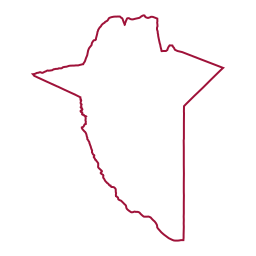 Mandera South, North-Eastern, Kenya
{"feature_id": "3690345B27349371945501", "entity_name": "Mandera South", "entity_type": "district", "adm_level": 2, "iso_a3": "KEN", "parent_name": "Kenya", "parent_adm1": "North-Eastern", "projection": "mercator", "projection_center": [40.637, 2.72], "detail": "fine", "context": "isolated", "style": "outline", "palette": "rose", "viewbox_px": 256, "rotation_deg": 0, "n_neighbors": 0, "source": "geoboundaries", "source_scale": "gbopen_adm2", "svg_char_len": 5597}
<svg xmlns="http://www.w3.org/2000/svg" viewBox="0 0 256 256"><path d="M172.4,45.5L169.6,45.4L168.6,46.8L167.8,48.4L167.3,50.0L165.9,51.0L163.7,51.0L161.6,51.1L161.4,50.6L161.3,49.5L160.9,48.2L160.5,46.5L160.2,44.7L159.7,43.2L158.8,39.0L158.2,36.0L158.1,34.9L158.1,34.6L158.1,34.3L157.8,33.5L157.7,32.2L157.7,31.7L157.6,31.3L157.4,30.5L157.1,29.8L157.0,29.2L157.0,28.4L157.0,27.8L157.2,27.1L157.4,26.5L157.5,26.3L157.5,26.1L157.4,24.3L157.2,22.9L157.2,22.2L157.4,21.4L157.3,18.6L155.0,17.7L152.9,16.9L151.8,16.8L151.2,16.8L150.7,16.9L150.1,17.3L149.1,17.6L148.4,17.9L147.8,17.9L147.5,17.9L147.2,17.8L145.7,17.2L145.4,16.9L145.0,16.5L144.9,16.2L144.5,15.5L143.8,15.4L143.5,15.4L143.3,15.4L142.0,16.0L141.0,16.6L140.1,17.4L139.2,17.9L138.3,18.1L135.5,18.7L133.6,19.2L132.8,19.4L131.2,19.3L130.3,19.0L128.9,18.2L128.0,18.2L127.2,18.4L126.8,19.0L126.4,20.0L125.9,21.1L125.6,22.1L125.1,23.1L125.0,24.0L124.9,24.6L124.7,24.7L124.6,24.3L124.4,23.9L123.6,21.9L122.5,18.8L122.1,18.2L121.4,17.9L120.0,16.6L119.8,16.5L119.0,16.5L117.9,16.5L116.6,16.6L115.2,16.6L113.8,16.7L112.7,16.9L111.3,17.2L109.9,17.7L109.2,18.0L108.6,18.7L108.2,19.6L107.3,20.7L106.7,21.1L105.9,21.5L105.3,21.8L104.9,22.2L104.6,22.7L103.9,23.1L103.1,23.6L102.5,24.1L102.1,24.5L101.4,25.3L101.1,26.0L100.7,26.5L100.3,27.0L100.0,27.2L99.7,27.4L99.6,27.6L98.9,28.8L98.3,29.6L98.0,30.8L97.5,31.9L97.3,33.3L97.0,34.5L96.7,35.7L96.1,37.9L95.9,38.8L95.9,39.5L95.4,40.0L94.9,40.2L94.1,40.2L93.5,40.6L93.1,41.1L92.6,41.9L92.2,42.5L92.0,42.9L91.8,43.5L91.7,44.2L91.6,44.9L91.3,45.4L90.9,45.9L90.5,46.4L89.9,47.1L89.4,47.8L89.0,48.3L88.1,50.6L87.8,52.2L87.2,55.3L86.0,58.1L85.0,61.1L84.5,62.0L83.3,63.7L83.2,64.2L82.3,64.3L81.6,64.5L80.8,64.7L79.9,64.9L78.9,65.2L78.6,65.3L78.1,65.4L77.2,65.4L76.2,65.4L75.9,65.4L75.6,65.4L75.2,65.5L73.8,65.6L72.5,65.6L70.2,65.7L69.4,65.8L68.9,65.9L68.1,66.2L67.4,66.4L66.9,66.6L66.6,66.7L66.4,66.7L65.8,66.8L65.1,66.8L64.7,66.9L63.6,67.1L62.7,67.4L62.3,67.8L61.9,68.1L61.3,68.3L60.9,68.3L60.4,68.3L59.0,68.3L58.6,68.4L57.9,68.8L57.3,68.8L56.3,68.9L55.6,68.9L54.9,69.1L54.5,69.2L54.1,69.2L53.7,69.3L53.1,69.6L52.7,69.9L52.4,70.1L51.9,70.3L51.1,70.3L50.5,70.5L49.6,70.6L49.1,70.6L48.5,70.7L47.8,70.5L47.2,70.6L46.8,70.8L46.4,71.0L45.7,71.4L45.1,71.6L44.6,71.8L43.3,72.5L42.6,72.8L42.1,72.8L41.5,72.7L40.8,72.4L40.6,72.3L40.1,72.2L39.6,72.3L39.4,72.3L38.6,72.7L37.9,72.8L37.0,72.9L36.4,73.1L35.6,73.6L34.7,73.9L33.8,74.1L32.9,74.2L33.6,75.0L34.3,75.9L47.1,81.8L57.2,86.4L57.8,86.6L63.7,89.4L75.6,94.9L80.4,97.3L80.3,97.8L80.4,98.4L80.7,98.9L80.9,99.4L80.5,99.8L80.6,100.1L81.0,100.3L81.2,100.7L80.9,101.5L80.7,102.1L80.6,102.7L80.7,103.4L80.8,103.8L81.3,104.0L81.6,104.4L81.5,104.9L81.2,105.4L81.1,105.9L81.2,106.5L81.5,107.1L81.4,107.2L81.3,107.4L80.9,107.5L81.2,108.0L82.1,108.7L82.4,109.3L82.1,110.0L81.8,110.1L81.4,110.3L81.0,110.5L80.9,110.6L80.6,110.9L80.6,111.4L80.9,111.9L81.5,112.1L82.2,112.3L82.3,112.8L82.2,113.3L82.0,114.1L82.5,114.7L83.1,114.9L83.5,114.7L84.0,115.1L84.5,115.9L85.1,116.0L85.7,116.1L86.1,116.4L85.6,116.9L85.5,117.7L85.7,118.5L85.7,118.9L85.7,119.0L85.5,119.5L85.5,120.7L85.8,121.3L85.8,121.9L85.7,122.6L85.7,123.2L85.9,123.9L85.5,124.2L85.3,124.2L84.7,124.3L84.3,124.9L83.7,126.3L83.1,126.9L82.3,127.2L81.8,127.4L81.8,128.0L82.5,129.2L83.0,129.8L83.9,130.8L84.5,131.5L85.1,131.9L85.8,133.0L86.2,133.9L86.5,134.9L86.7,135.9L86.9,136.8L87.3,137.6L87.3,138.5L87.3,138.9L87.4,139.3L88.2,140.2L88.7,141.3L89.2,141.9L89.4,142.7L89.5,143.5L89.9,144.2L90.1,145.0L90.3,145.6L90.7,146.3L90.8,147.0L91.0,147.7L91.4,148.8L91.6,149.6L92.1,150.3L92.0,151.5L92.0,152.4L92.4,153.0L92.6,153.6L93.0,154.3L93.5,154.8L94.2,155.2L94.3,155.6L94.2,156.1L93.8,156.7L93.8,157.3L94.4,158.0L94.8,158.5L95.0,159.1L95.3,159.8L96.0,160.1L96.3,160.8L96.7,161.2L97.4,162.1L97.9,162.8L98.2,163.3L98.2,163.9L98.2,164.8L98.2,165.7L98.1,166.5L98.2,167.3L98.7,168.0L100.0,169.2L101.8,170.9L101.9,171.6L101.1,172.2L100.7,173.0L101.2,173.7L102.4,174.5L103.1,174.9L103.4,175.6L103.2,176.6L103.2,177.4L103.4,178.0L103.8,178.4L104.4,179.3L104.7,180.0L105.3,181.0L105.9,181.7L106.5,182.2L107.0,182.9L107.8,183.4L108.5,184.0L109.1,185.0L109.8,185.6L110.5,185.5L110.8,186.1L111.0,186.6L111.7,187.0L112.7,187.0L113.4,187.1L114.0,187.3L114.5,187.7L115.2,188.4L115.7,189.2L115.8,192.3L116.1,193.0L116.0,193.7L115.9,194.5L115.9,195.3L116.0,196.2L116.7,196.5L117.3,197.1L117.8,197.4L118.1,198.0L118.3,199.3L119.3,200.0L120.3,200.4L121.2,200.8L122.1,201.7L123.1,202.7L123.8,203.4L124.5,204.2L125.3,204.8L125.9,205.6L126.2,206.8L126.3,207.6L126.5,208.2L126.9,208.9L127.8,209.8L129.2,210.9L131.0,212.1L131.6,212.3L132.7,212.2L133.5,212.0L134.1,211.7L134.8,211.6L135.7,211.9L136.5,211.9L137.7,211.9L138.6,212.1L139.5,212.6L140.8,214.1L142.7,215.8L143.5,216.4L144.1,216.7L146.9,216.7L147.8,216.6L148.7,216.6L149.7,217.0L150.7,217.5L151.3,218.2L152.2,219.2L153.5,220.5L154.5,221.3L155.7,222.8L156.8,224.7L157.0,225.3L157.2,226.5L157.2,227.3L157.8,228.3L161.3,232.3L163.7,234.4L164.6,235.1L168.8,238.2L171.9,239.7L173.6,240.4L175.0,240.6L178.0,240.6L179.6,240.4L180.4,240.2L182.0,240.1L183.4,240.1L183.6,237.7L183.6,234.6L183.7,230.8L183.8,226.9L183.7,223.4L183.8,220.0L183.7,216.6L183.8,213.2L183.8,209.6L183.8,206.2L183.8,202.6L183.9,195.5L183.8,192.1L183.8,182.9L183.9,173.9L183.8,164.9L183.8,159.7L183.8,156.1L183.8,147.3L183.7,140.4L183.9,138.8L183.9,129.9L183.9,123.0L184.0,112.8L183.9,112.2L184.0,106.2L185.8,104.3L194.3,95.9L203.2,87.4L211.4,79.2L220.0,70.8L222.1,68.8L223.1,67.9L215.6,65.0L200.5,59.2L182.2,52.1L177.5,51.0L175.0,49.8L174.5,49.0L174.0,47.9L172.9,46.6L172.4,45.5Z" fill="none" stroke="#9f1239" stroke-width="2"/></svg>